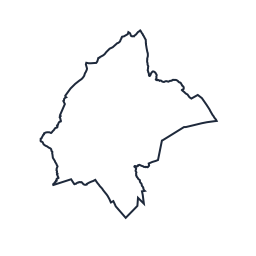 Zinacantán, Chiapas, Mexico, rotated 303°
{"feature_id": "50627088B49923659697837", "entity_name": "Zinacantán", "entity_type": "district", "adm_level": 2, "iso_a3": "MEX", "parent_name": "Mexico", "parent_adm1": "Chiapas", "projection": "robinson", "projection_center": [-92.788, 16.712], "detail": "fine", "context": "isolated", "style": "outline", "palette": "slate", "viewbox_px": 256, "rotation_deg": 303, "n_neighbors": 0, "source": "geoboundaries", "source_scale": "gbopen_adm2", "svg_char_len": 5601}
<svg xmlns="http://www.w3.org/2000/svg" viewBox="0 0 256 256"><g transform="rotate(303 128 128)"><path d="M73.2,182.5L79.9,176.8L82.5,174.2L84.0,175.9L84.4,176.3L84.5,175.4L85.0,174.6L85.2,174.4L85.6,173.8L86.1,173.5L86.2,173.4L86.8,172.3L87.0,171.4L87.4,170.8L87.8,170.5L88.5,169.8L88.6,169.5L88.9,168.6L88.9,168.4L89.4,167.3L89.7,167.0L90.0,166.9L90.5,166.5L90.8,166.1L90.8,165.1L90.8,164.7L91.0,164.1L91.1,163.8L91.6,163.1L91.7,162.3L91.9,161.8L92.2,161.7L92.4,161.3L92.6,160.7L92.8,160.6L93.0,160.6L93.5,160.2L93.7,159.9L94.4,159.5L95.4,159.2L95.6,158.8L96.0,157.9L96.4,157.6L96.7,157.4L97.2,157.4L98.0,157.1L98.5,156.8L98.6,156.5L98.7,156.1L99.0,155.3L99.0,154.8L99.0,154.5L99.2,154.3L99.5,154.3L99.8,154.4L100.3,155.4L100.5,156.3L100.9,156.7L101.3,156.7L101.4,156.8L101.6,157.0L101.9,157.1L102.1,157.0L102.3,156.8L102.7,157.1L103.3,157.6L103.4,158.0L103.6,159.6L103.8,160.5L104.1,161.4L104.0,162.3L104.2,162.9L104.5,163.3L104.9,163.8L104.9,164.3L105.3,164.5L105.5,164.8L105.6,165.0L105.7,165.7L105.8,165.8L106.2,165.9L106.3,166.0L107.1,166.0L107.6,166.2L107.8,166.2L108.1,166.1L109.5,164.7L112.8,166.9L115.5,169.2L117.5,170.6L135.9,163.3L136.1,163.5L142.4,166.5L157.9,173.8L159.2,174.4L160.4,176.1L164.8,180.3L172.1,187.2L175.8,191.0L180.8,196.8L182.2,198.5L183.0,197.1L183.7,194.8L184.5,193.3L185.0,191.8L187.1,187.7L187.9,186.4L190.2,181.3L193.3,173.7L193.7,168.5L187.2,165.1L187.3,164.6L187.2,164.0L187.3,163.0L187.4,162.4L187.8,161.5L187.9,161.3L188.1,160.6L188.5,159.8L188.5,159.2L188.4,158.4L188.4,157.5L188.8,155.5L189.0,153.2L189.2,152.5L189.4,152.5L190.6,153.3L190.9,153.4L191.2,153.3L191.5,153.2L192.2,152.7L192.5,152.5L192.8,152.0L193.0,151.5L193.0,150.6L193.1,150.2L193.5,149.8L193.6,149.5L193.6,149.3L194.3,148.2L194.5,147.5L194.5,146.7L194.2,146.3L194.3,145.0L194.6,144.3L194.6,142.8L194.4,142.0L194.2,141.6L193.7,141.0L193.4,140.2L193.0,139.9L192.8,139.4L192.1,139.0L191.7,139.0L191.2,138.6L190.7,138.0L190.5,137.6L189.1,136.8L188.8,136.6L188.6,135.9L188.4,135.2L188.1,134.5L187.5,133.9L187.2,133.7L186.3,133.2L185.9,132.5L185.7,131.8L185.6,131.3L185.6,131.0L185.7,130.5L185.7,129.8L185.4,129.2L184.7,128.7L184.9,127.9L184.8,127.4L184.7,127.1L184.4,126.7L184.1,126.6L183.9,126.4L183.8,125.9L183.7,125.5L183.7,125.2L183.8,124.9L184.0,124.8L185.1,124.9L185.7,124.5L186.2,123.9L186.5,123.8L187.0,123.6L187.3,123.6L187.9,123.3L188.3,122.9L188.5,122.4L189.0,121.3L189.3,120.9L189.4,120.3L189.4,118.8L189.2,118.4L188.8,117.9L187.2,117.6L185.5,117.7L185.2,117.9L184.4,118.0L183.8,118.0L183.5,117.9L183.3,117.7L183.3,117.4L183.5,117.0L183.8,116.7L184.6,116.2L185.4,115.4L185.8,114.6L186.6,113.9L186.8,113.6L187.0,113.2L187.5,112.9L188.5,112.5L189.2,112.2L189.4,112.0L190.0,111.7L190.6,111.5L190.9,111.3L191.4,110.4L191.7,110.0L193.1,109.0L193.7,108.2L194.5,107.6L195.4,107.1L195.8,107.0L196.2,106.5L197.0,106.2L199.1,105.5L201.2,104.1L201.5,103.7L202.0,103.3L202.2,102.9L205.4,99.8L206.0,99.3L207.7,97.7L208.8,97.0L209.0,96.6L209.8,96.2L210.2,95.9L210.8,95.4L211.6,94.9L212.8,92.6L213.8,90.9L214.0,90.1L214.4,89.7L214.8,89.1L214.9,88.4L216.4,85.5L216.5,85.1L216.2,85.0L214.8,84.6L213.8,84.1L210.8,83.8L209.2,83.2L208.1,83.1L207.8,82.2L207.1,81.6L206.9,80.5L207.4,79.6L207.9,79.1L208.6,77.9L208.6,76.1L206.6,76.7L203.5,75.1L202.8,74.8L201.3,73.3L200.1,73.4L199.6,73.7L198.2,73.7L196.7,74.1L195.5,74.0L194.1,73.5L193.3,72.8L187.4,71.2L184.5,69.4L179.7,68.4L177.2,68.2L175.4,67.6L172.1,65.8L171.4,65.8L170.7,65.0L170.2,65.0L169.6,65.3L167.0,66.0L165.3,65.9L162.0,61.5L160.8,59.6L160.2,58.0L160.0,57.5L158.4,58.0L155.6,61.2L154.4,61.7L151.8,62.1L150.5,62.1L149.3,62.4L148.0,62.8L146.5,62.8L145.3,62.7L143.7,62.4L141.3,61.4L136.3,59.7L129.9,58.3L120.9,57.8L120.2,58.5L120.1,59.4L119.1,58.8L117.8,58.6L117.6,58.6L116.0,59.4L115.4,59.1L113.7,62.0L101.7,64.0L101.6,64.7L101.2,65.1L100.7,65.0L100.2,64.7L99.7,64.9L99.4,65.6L98.9,66.3L98.4,66.7L97.3,68.0L96.7,68.0L96.3,67.4L95.3,67.0L94.7,67.0L93.4,67.2L92.6,67.6L92.0,67.4L91.7,67.1L91.2,67.2L90.7,68.2L90.2,68.3L89.7,68.2L89.2,67.8L88.6,67.2L87.7,66.9L86.4,67.0L85.2,66.8L84.5,66.6L83.8,66.5L82.9,66.5L81.9,66.2L81.8,65.9L81.7,64.7L80.9,63.3L80.3,62.4L79.2,61.3L78.2,60.8L77.8,60.5L76.9,60.8L76.8,61.0L75.8,60.6L75.0,60.8L73.1,60.9L72.3,61.1L71.9,60.9L71.5,60.6L71.2,60.7L70.6,61.2L69.9,61.5L69.5,61.8L69.3,62.5L69.6,63.4L69.6,63.9L69.5,64.3L69.2,64.8L68.8,65.4L68.3,66.2L68.2,68.5L68.5,70.0L68.4,72.4L68.6,73.5L68.6,74.4L68.3,75.2L67.1,76.3L66.9,77.4L66.6,77.7L65.7,78.0L64.5,79.2L62.1,81.2L61.0,83.5L60.8,84.0L60.5,84.6L59.9,85.3L59.7,85.8L58.7,87.8L58.2,88.4L57.6,89.6L57.3,89.9L56.3,90.0L55.0,90.3L54.8,90.4L54.7,90.6L54.1,90.8L53.6,91.0L53.2,91.9L52.8,92.2L51.9,92.5L51.4,93.1L51.4,93.7L51.2,93.8L50.7,93.7L50.4,93.7L50.1,94.1L50.0,94.6L49.7,94.8L49.0,95.8L48.7,96.4L48.2,96.9L47.7,96.7L47.4,96.3L46.9,96.0L46.4,95.9L46.1,96.0L45.8,96.3L45.4,96.7L44.8,96.9L44.6,96.7L44.4,96.3L43.2,96.7L42.9,96.5L42.8,96.3L42.7,96.2L41.1,96.2L40.9,96.2L40.3,95.9L40.2,96.0L39.9,96.0L39.6,96.2L39.5,96.4L54.0,108.2L51.7,113.4L51.7,113.7L52.1,114.0L52.5,114.1L52.7,114.5L52.8,114.7L54.3,115.2L54.7,115.4L55.0,115.9L55.1,116.0L55.4,116.2L55.6,116.2L55.9,116.4L56.2,116.7L56.4,117.0L56.4,117.5L57.1,118.1L57.3,118.6L56.6,121.3L56.7,122.2L57.0,123.0L57.4,123.6L58.2,124.2L58.7,123.9L61.1,125.2L63.1,126.5L64.0,127.2L65.2,128.1L65.5,128.1L66.7,128.8L65.8,130.8L65.4,131.9L65.2,132.3L64.5,134.6L63.9,136.0L63.3,138.6L62.9,139.8L62.5,140.6L62.2,141.4L61.3,144.1L60.7,146.0L60.0,147.8L58.2,151.2L56.2,154.2L56.6,154.5L57.6,154.9L58.7,155.5L56.6,158.9L55.6,160.4L51.4,175.0L67.8,178.3L74.9,174.4L73.2,182.5Z" fill="none" stroke="#1e293b" stroke-width="2"/></g></svg>